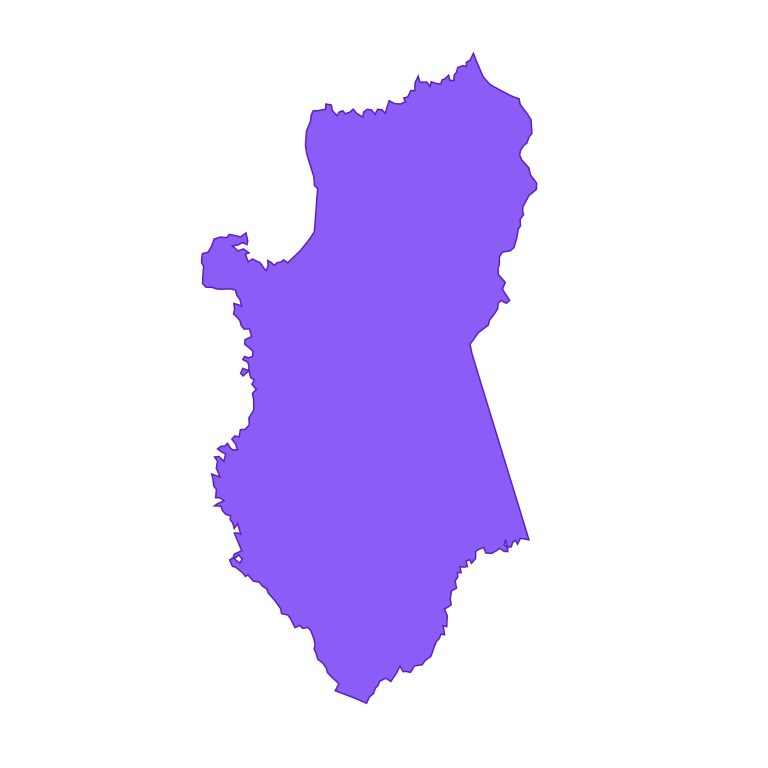 the district of Santa Bárbara do Sul, Rio Grande do Sul, Brazil, rotated 171°
{"feature_id": "56859067B69809545367757", "entity_name": "Santa Bárbara do Sul", "entity_type": "district", "adm_level": 2, "iso_a3": "BRA", "parent_name": "Brazil", "parent_adm1": "Rio Grande do Sul", "projection": "equal_earth", "projection_center": [-53.257, -28.368], "detail": "fine", "context": "isolated", "style": "filled", "palette": "violet", "viewbox_px": 768, "rotation_deg": 171, "n_neighbors": 0, "source": "geoboundaries", "source_scale": "gbopen_adm2", "svg_char_len": 4311}
<svg xmlns="http://www.w3.org/2000/svg" viewBox="0 0 768 768"><g transform="rotate(171 384 384)"><path d="M560.2,235.8L564.0,234.4L562.2,227.6L559.1,226.2L552.9,219.3L551.1,215.6L548.2,216.6L544.0,209.8L538.2,207.8L535.7,203.3L532.1,200.3L530.9,195.4L525.8,187.4L521.2,178.3L521.1,173.3L515.0,170.8L513.2,167.1L511.6,162.3L510.0,157.3L504.7,158.6L502.7,155.4L497.4,155.4L495.0,152.2L493.1,143.4L492.8,137.0L494.6,133.2L493.3,129.2L492.5,122.5L488.3,118.3L485.3,112.0L485.0,107.9L481.9,103.3L475.4,95.0L480.2,88.7L462.4,78.5L451.2,71.4L447.4,77.1L442.8,80.0L440.1,84.9L436.9,87.4L434.8,91.1L428.1,93.1L423.8,89.1L417.0,96.4L412.4,102.8L410.1,96.9L406.9,96.6L403.1,95.0L398.0,100.8L390.2,100.7L386.7,104.4L380.3,107.7L375.0,117.4L372.6,121.4L369.1,124.1L367.0,128.1L363.5,126.8L363.3,131.8L363.5,136.0L360.0,134.5L358.8,140.4L357.7,144.9L359.5,152.4L356.2,153.4L352.2,155.4L352.2,161.3L349.7,169.2L344.3,171.0L344.6,178.3L341.4,181.7L340.8,186.3L337.3,185.6L337.8,191.6L333.8,190.7L330.2,190.6L330.7,196.2L326.9,197.2L325.6,193.2L320.9,197.2L319.6,204.4L315.6,206.0L311.0,206.9L309.9,201.2L304.3,199.9L300.1,201.3L295.4,203.6L291.5,199.9L287.9,199.1L287.8,203.6L283.7,203.3L281.5,207.8L278.5,208.9L277.1,204.9L273.5,210.2L269.0,208.8L265.2,207.4L287.8,367.3L292.4,400.5L292.8,409.8L282.4,420.2L271.7,425.9L269.9,430.4L263.2,436.8L259.9,440.6L258.7,445.8L255.4,448.1L250.6,444.6L246.8,446.8L250.8,455.8L252.1,459.6L248.3,465.3L254.0,474.4L253.3,480.3L251.4,483.8L250.2,491.3L246.6,495.7L238.7,495.8L234.4,498.3L230.4,506.5L227.1,516.0L224.4,519.0L223.8,525.5L219.7,529.3L220.0,533.4L219.0,537.4L211.2,547.6L203.0,552.4L201.8,558.5L206.6,567.5L207.1,574.7L212.9,583.8L214.2,588.7L212.7,593.3L208.6,597.8L205.3,599.5L202.0,605.3L198.7,608.6L197.5,622.0L200.0,628.1L205.8,638.9L205.9,644.6L211.1,647.3L215.4,650.2L226.4,658.4L232.6,663.4L238.0,671.8L242.4,689.3L243.9,696.6L248.3,690.4L252.3,688.8L253.0,684.8L256.5,686.0L261.6,685.1L263.8,680.4L266.4,678.0L267.6,672.7L271.5,673.8L271.9,678.9L275.9,676.0L279.0,675.3L281.1,671.4L285.6,672.7L290.1,675.2L291.9,670.7L294.6,675.5L301.4,676.5L302.0,682.8L306.2,676.7L307.6,669.0L311.6,669.6L315.7,663.8L319.7,663.4L318.7,659.5L323.7,657.9L329.5,659.2L334.6,663.0L340.4,651.3L343.2,655.3L347.4,656.3L350.6,651.7L353.5,656.7L357.6,657.9L361.5,655.9L363.2,651.0L368.7,655.6L371.4,660.3L375.3,657.9L380.0,657.0L381.9,660.3L385.3,659.8L388.6,656.4L392.2,662.2L392.4,667.8L397.5,669.6L398.7,664.6L406.6,664.3L411.2,664.9L413.8,661.0L415.5,655.0L421.1,645.7L424.2,632.3L424.3,623.2L420.8,599.0L421.7,591.1L419.0,587.3L428.9,545.4L433.6,540.1L438.2,535.6L441.7,532.5L445.7,528.8L450.9,525.2L460.2,518.8L463.7,522.4L466.6,520.6L470.4,520.6L473.8,518.4L476.6,521.9L479.5,524.1L479.8,519.3L482.4,514.4L484.6,517.3L487.3,523.1L494.5,528.0L499.0,525.9L500.6,533.9L496.8,534.6L501.6,539.4L507.3,538.3L512.2,544.2L506.2,544.2L501.5,545.8L497.6,543.1L496.2,546.7L496.7,554.8L502.5,551.7L507.6,553.8L513.5,556.0L516.2,553.1L522.6,554.7L529.1,553.8L532.9,546.7L537.2,541.7L542.9,541.2L544.4,536.5L545.2,532.1L543.8,528.3L546.0,518.8L547.5,511.6L544.8,507.5L539.2,506.5L534.2,504.0L530.2,503.1L525.3,502.5L520.4,501.9L516.0,499.9L515.4,494.3L513.1,490.1L512.4,483.2L515.7,485.2L519.7,487.0L519.9,481.0L521.7,476.6L518.8,473.2L516.4,468.9L515.9,464.0L513.6,460.1L508.3,459.6L507.4,451.4L514.3,449.6L515.4,445.2L508.4,437.1L509.4,431.9L513.7,431.0L517.4,433.0L519.7,430.2L515.2,426.9L514.6,422.8L515.4,418.3L514.6,410.9L511.4,408.5L514.5,404.3L510.9,398.7L515.4,395.3L515.2,389.0L516.6,378.8L522.7,371.8L523.5,364.7L528.2,360.9L533.0,361.4L535.3,354.5L539.6,356.0L542.9,353.4L539.9,347.7L539.1,341.9L543.7,342.6L546.0,345.3L547.9,349.9L551.1,347.4L554.5,348.1L558.6,345.9L554.4,341.7L551.3,339.7L554.4,332.6L558.3,338.2L562.8,338.4L560.5,333.9L562.8,327.2L560.5,317.8L568.3,322.0L567.8,317.3L568.1,309.8L566.0,306.0L568.1,298.1L563.8,297.2L560.2,293.6L566.5,292.1L570.5,290.2L564.1,288.8L563.4,284.4L560.7,280.0L556.2,277.9L557.2,274.0L555.2,270.6L554.5,264.7L550.4,268.9L549.0,258.1L551.9,259.8L555.2,260.2L550.6,241.6L558.4,239.5L560.2,235.8ZM560.2,235.8L557.1,235.7L554.5,238.2L551.4,233.2L554.5,229.7L560.2,235.8ZM287.8,203.6L290.6,206.7L288.4,210.2L287.8,203.6ZM515.4,418.3L520.9,421.5L524.0,416.9L521.9,414.0L515.4,418.3Z" fill="#8b5cf6" stroke="#5b21b6" stroke-width="1.5"/></g></svg>